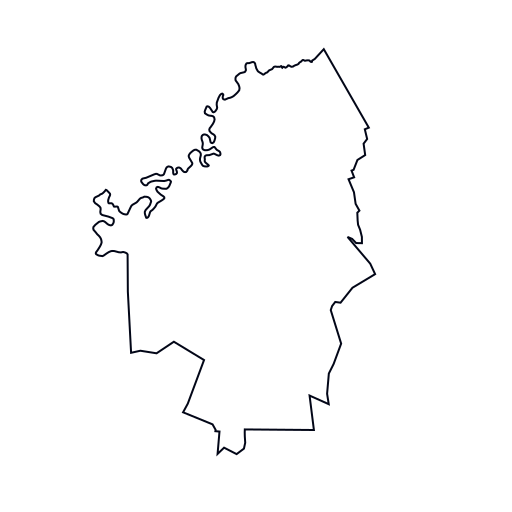 outline of Raxruhá, Alta Verapaz, Guatemala, rotated 249°
{"feature_id": "79465075B33979032902189", "entity_name": "Raxruhá", "entity_type": "district", "adm_level": 2, "iso_a3": "GTM", "parent_name": "Guatemala", "parent_adm1": "Alta Verapaz", "projection": "orthographic", "projection_center": [-89.998, 15.891], "detail": "fine", "context": "isolated", "style": "outline", "palette": "ink", "viewbox_px": 512, "rotation_deg": 249, "n_neighbors": 0, "source": "geoboundaries", "source_scale": "gbopen_adm2", "svg_char_len": 6156}
<svg xmlns="http://www.w3.org/2000/svg" viewBox="0 0 512 512"><g transform="rotate(249 256 256)"><path d="M335.4,407.3L424.8,393.4L418.9,381.5L418.3,378.5L417.9,378.1L417.3,377.9L417.2,377.6L417.5,376.9L418.2,376.4L419.4,375.9L419.9,375.0L420.4,373.6L420.7,371.8L421.0,371.3L421.9,370.6L422.2,369.9L422.0,369.1L421.3,367.6L421.1,366.2L420.8,365.4L420.2,364.7L420.0,363.9L419.9,363.1L420.0,361.1L419.9,359.7L419.6,358.5L419.9,357.0L420.4,356.4L422.2,355.0L422.4,354.4L422.3,354.0L421.8,353.6L421.6,352.7L421.3,352.1L421.3,350.9L422.3,350.1L422.8,349.5L422.8,349.0L422.3,348.0L422.7,347.8L424.0,347.8L424.3,347.5L424.1,346.5L424.2,345.6L424.8,344.4L425.0,343.5L425.8,342.3L426.1,341.3L426.1,340.4L424.7,338.0L424.6,334.8L423.4,332.3L423.4,331.0L423.2,329.9L422.8,328.9L422.7,328.0L422.9,327.5L424.4,326.5L426.0,325.2L427.4,324.2L428.2,323.9L431.1,323.5L432.7,323.7L434.3,323.8L435.8,324.1L436.6,324.0L437.5,323.6L438.1,322.9L438.4,321.8L438.5,318.7L439.0,317.5L439.2,316.7L439.1,316.0L438.2,314.9L437.3,314.3L436.0,313.8L433.8,313.4L433.0,313.1L431.9,311.8L431.8,310.8L432.3,307.1L432.2,306.0L430.8,301.9L429.9,300.9L428.5,300.2L427.2,299.9L422.8,301.1L420.4,301.1L418.6,300.8L416.7,299.7L415.3,297.3L414.3,295.0L413.3,292.3L413.0,290.2L413.0,288.4L413.3,286.8L413.1,283.0L413.9,281.9L414.7,281.5L415.7,281.6L417.2,282.4L417.9,283.1L418.6,283.3L419.6,282.8L419.8,281.8L419.1,280.0L417.1,277.7L413.3,274.4L411.3,273.5L408.4,272.9L407.2,272.0L405.8,270.0L405.4,268.9L405.4,267.8L405.9,267.2L410.5,266.2L412.1,265.6L413.1,264.5L413.2,263.5L410.4,260.8L409.1,259.8L407.5,259.5L405.8,260.7L404.3,262.0L403.5,263.3L402.8,264.7L401.8,266.0L400.5,266.6L398.4,266.3L396.6,265.1L394.8,263.1L392.7,260.0L391.9,258.6L390.8,257.7L389.4,257.4L387.3,258.1L385.9,258.9L384.8,259.9L383.4,260.6L381.9,260.7L380.5,260.0L378.5,258.5L377.3,257.2L377.0,255.7L377.6,254.8L378.6,254.4L382.8,255.0L384.4,254.6L386.4,253.6L387.5,252.3L388.1,251.1L388.1,249.8L387.5,248.5L386.6,247.8L385.1,247.2L383.6,247.0L382.1,247.0L380.5,246.8L379.1,246.2L377.5,245.2L376.3,244.6L375.3,244.5L374.4,244.8L373.3,245.8L372.7,247.1L372.2,248.8L372.1,250.6L372.3,251.7L372.8,253.8L373.0,254.9L372.9,255.6L372.7,256.2L372.2,256.5L369.8,257.2L369.1,257.5L367.0,259.2L366.2,259.6L364.7,259.6L363.6,259.2L363.1,258.7L363.0,257.9L363.1,257.1L364.0,255.9L366.4,253.7L366.8,253.0L366.9,248.6L367.8,245.9L367.8,244.9L367.4,244.0L366.8,243.5L365.7,243.1L364.8,243.0L363.9,242.5L363.0,242.1L362.1,242.1L361.2,242.4L358.0,244.2L357.4,244.3L357.1,243.9L357.0,242.9L357.4,241.6L358.3,239.8L359.2,238.8L360.3,238.4L363.5,237.9L364.7,237.9L366.0,238.2L367.3,238.8L369.7,240.5L370.7,240.9L371.6,241.1L372.8,240.9L374.2,240.3L376.6,238.4L377.0,237.3L377.1,236.5L376.9,235.1L376.3,233.2L375.5,231.2L374.7,230.1L374.0,229.3L373.1,228.9L371.7,228.8L366.4,229.7L365.5,229.8L364.8,229.5L364.0,228.7L363.3,227.4L362.0,224.1L361.3,223.1L360.4,222.6L359.5,221.0L359.7,219.9L360.2,219.0L361.1,218.4L362.8,217.7L364.4,217.3L365.1,216.9L366.1,216.0L366.5,215.0L366.4,213.5L366.0,212.7L365.2,212.4L363.6,212.4L362.4,212.2L361.7,211.8L361.2,210.9L361.2,209.4L361.5,208.6L362.3,208.3L363.7,208.6L365.4,209.3L366.5,209.4L368.3,209.3L369.5,208.6L370.4,207.4L371.0,206.4L371.0,205.3L370.7,204.3L369.8,203.2L365.5,199.5L365.0,198.6L364.9,197.5L365.3,196.0L365.7,195.2L368.2,192.9L368.6,191.8L368.7,190.1L368.4,181.5L368.8,178.7L368.9,177.7L368.4,176.6L367.9,176.0L367.0,175.6L366.1,175.6L363.5,176.4L362.2,177.2L361.6,178.1L361.3,178.9L361.3,179.4L361.4,180.0L362.5,181.3L363.0,184.0L363.0,185.1L362.5,188.4L362.1,189.9L358.9,197.1L358.6,199.1L358.5,201.5L358.1,202.3L357.1,202.9L356.1,203.3L355.2,202.8L354.2,201.8L352.6,200.3L351.7,199.1L351.0,197.4L350.9,196.3L351.7,194.4L352.6,192.5L353.5,191.4L354.3,190.8L355.4,189.6L355.8,188.8L355.7,187.8L354.6,186.8L353.0,186.8L351.3,187.1L347.4,189.1L344.8,191.0L343.8,191.4L342.9,191.2L342.3,190.3L341.7,188.0L340.9,183.4L340.5,182.4L338.2,179.8L337.0,177.7L336.1,175.8L335.6,173.8L334.9,172.8L332.2,170.7L331.4,169.9L330.9,169.1L330.7,168.5L330.7,167.7L331.1,167.2L334.3,167.3L336.0,167.6L337.2,168.1L338.5,169.5L340.8,174.1L341.8,175.4L344.4,177.6L345.4,177.8L347.1,177.6L348.4,177.2L349.7,176.2L350.5,175.0L351.4,173.0L351.2,171.3L351.4,169.5L351.1,168.1L349.3,164.8L348.8,163.6L348.1,159.2L347.6,157.8L346.3,156.3L341.3,151.1L341.1,150.3L341.5,149.2L342.1,148.2L342.8,147.2L344.2,146.0L345.9,144.9L347.2,144.4L350.4,144.6L351.4,144.6L352.0,144.0L352.7,141.7L353.1,141.1L354.9,141.0L355.9,140.8L356.9,140.2L357.5,138.8L357.8,137.7L358.3,137.3L359.6,137.4L361.1,138.0L363.3,139.7L364.7,141.2L365.5,141.8L366.5,142.0L367.9,141.5L371.1,140.1L371.6,139.5L370.6,137.9L369.7,135.9L369.3,134.6L369.3,132.7L368.7,131.1L368.4,127.1L367.9,125.9L366.7,124.9L365.2,124.2L362.9,124.8L361.1,126.1L358.5,127.6L356.9,128.1L355.5,127.8L352.9,126.4L351.1,126.1L349.4,127.1L345.7,132.3L342.6,135.8L341.3,136.3L339.4,135.7L338.2,135.0L337.4,134.1L336.6,133.0L336.5,132.0L336.8,131.1L337.6,130.0L338.9,128.9L341.7,127.4L342.9,126.5L343.7,125.4L344.1,122.9L344.1,121.5L342.7,117.2L341.4,114.7L340.3,114.0L338.7,113.7L335.7,114.8L333.1,115.6L331.3,116.5L329.2,117.2L327.2,117.4L325.2,117.1L323.9,116.7L322.3,115.4L320.7,113.6L318.1,110.1L316.8,108.0L316.0,107.4L315.0,107.4L313.4,108.7L312.6,109.6L310.9,112.7L311.0,113.9L311.9,117.4L312.4,119.9L312.5,122.1L312.3,123.4L311.4,125.5L308.7,129.2L308.1,130.4L307.7,131.3L307.5,132.9L307.2,133.7L306.2,135.0L305.3,135.9L304.6,136.4L303.5,136.7L268.7,123.6L210.4,104.7L209.0,114.1L200.8,128.3L205.4,148.6L177.5,170.2L142.6,139.4L136.2,131.9L114.4,155.1L108.2,156.0L107.0,155.3L105.2,159.0L85.0,149.2L88.5,157.5L78.0,166.9L80.5,175.7L85.5,179.0L91.6,180.9L95.5,182.3L98.1,183.4L72.8,247.7L106.5,256.0L91.6,270.8L101.9,273.0L120.2,281.9L127.4,289.8L143.7,304.1L178.7,306.4L182.0,309.1L184.7,313.5L182.1,318.2L191.8,334.7L196.4,360.7L207.9,359.9L241.0,348.3L237.5,351.9L232.2,354.1L230.0,359.5L235.9,361.7L243.2,362.6L248.6,362.5L252.7,363.6L260.1,366.1L261.3,368.8L269.0,367.7L280.4,370.3L294.5,369.9L294.3,375.8L301.5,375.8L301.5,378.0L309.3,385.1L311.1,394.1L322.3,396.7L325.4,401.7L335.3,403.0L335.4,407.3Z" fill="none" stroke="#020617" stroke-width="2"/></g></svg>